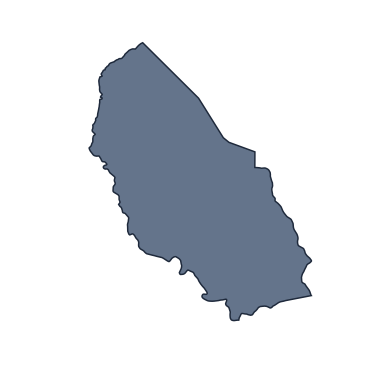 outline of Aguanqueterique, La Paz, Honduras, rotated 326°
{"feature_id": "27666195B50891803381013", "entity_name": "Aguanqueterique", "entity_type": "district", "adm_level": 2, "iso_a3": "HND", "parent_name": "Honduras", "parent_adm1": "La Paz", "projection": "mercator", "projection_center": [-87.66, 13.981], "detail": "fine", "context": "isolated", "style": "filled", "palette": "slate", "viewbox_px": 384, "rotation_deg": 326, "n_neighbors": 0, "source": "geoboundaries", "source_scale": "gbopen_adm2", "svg_char_len": 6023}
<svg xmlns="http://www.w3.org/2000/svg" viewBox="0 0 384 384"><g transform="rotate(326 192 192)"><path d="M131.3,98.0L130.8,99.6L130.6,101.4L130.9,106.0L131.3,107.1L132.0,108.0L132.8,108.8L134.8,110.0L135.1,110.3L135.0,113.2L134.7,115.2L134.6,116.1L134.8,116.7L135.1,117.1L135.6,117.5L136.2,117.9L136.5,118.2L136.7,118.8L136.9,119.5L137.0,121.1L136.9,121.3L136.8,121.5L136.5,121.6L136.3,121.7L135.4,121.4L134.3,121.1L133.9,121.1L133.4,121.2L132.9,121.3L132.5,121.7L132.2,122.1L132.1,122.7L132.2,123.3L132.6,124.1L133.2,124.7L133.9,125.0L134.3,125.3L134.7,125.7L134.9,126.3L135.0,127.0L134.8,128.3L134.7,130.3L136.2,135.5L136.3,136.6L136.2,136.9L134.5,138.5L134.0,139.2L133.8,139.6L133.4,141.5L133.0,142.1L132.2,142.7L130.3,143.3L129.5,143.8L129.0,144.5L127.6,146.3L127.2,146.9L127.0,147.3L127.0,148.0L127.2,148.7L129.1,152.8L129.2,153.6L129.2,154.3L129.1,154.9L127.4,157.4L127.1,158.5L126.9,159.5L126.6,160.2L126.4,160.4L126.0,160.6L124.4,161.2L124.2,161.3L124.2,161.5L124.2,163.5L124.6,164.7L124.6,165.9L123.9,168.3L123.3,169.6L123.2,170.4L123.4,170.9L124.2,171.8L124.5,172.2L124.6,172.5L124.8,173.7L125.2,177.2L125.2,177.6L124.8,178.4L123.7,179.6L122.6,180.9L120.7,182.5L120.1,183.2L119.4,184.5L118.0,186.7L116.8,188.6L116.1,191.5L116.2,192.3L116.3,192.6L116.5,192.8L119.1,193.3L119.5,193.8L119.8,194.4L119.9,195.0L120.0,195.8L120.0,196.6L119.8,198.5L119.9,199.8L120.2,201.3L120.1,202.5L119.9,203.3L119.5,204.2L118.2,205.9L117.7,206.7L117.4,207.3L117.3,208.1L117.3,209.9L117.7,211.0L118.4,212.4L119.0,213.7L119.1,214.5L119.2,215.4L119.3,215.9L119.6,217.1L120.1,218.1L120.7,218.7L123.7,222.1L125.2,223.7L126.8,225.6L130.5,229.6L131.4,231.4L133.0,235.2L133.4,236.0L133.9,236.7L134.1,236.8L134.3,236.9L135.2,236.8L138.1,235.8L138.9,235.7L140.3,235.7L141.5,236.0L142.1,236.3L142.5,236.7L143.2,238.2L144.0,240.0L144.2,241.3L144.2,242.6L142.8,245.7L142.5,246.8L142.3,247.2L141.3,248.5L139.9,249.7L139.2,250.1L136.5,251.7L136.3,252.1L136.1,253.0L136.2,253.7L136.3,253.9L136.6,254.1L138.2,255.0L139.3,255.4L140.0,255.4L140.8,255.4L144.1,254.4L144.6,254.4L145.0,254.5L145.6,255.2L146.4,256.7L147.8,258.8L148.0,259.4L148.1,260.4L147.7,262.9L148.2,266.3L148.3,267.5L147.9,269.6L147.8,271.8L147.8,273.3L148.0,276.0L148.4,278.6L148.4,282.7L148.3,283.6L148.1,284.2L147.9,284.6L147.4,284.8L146.9,284.9L146.4,284.7L145.4,283.8L144.4,283.1L143.8,283.0L143.1,283.2L142.4,283.6L141.8,284.3L141.6,285.1L141.7,286.0L142.0,286.9L142.6,288.2L143.9,290.5L144.7,291.5L146.0,292.6L147.6,293.8L149.3,294.8L153.2,296.8L155.3,297.6L156.9,298.5L159.9,299.7L160.3,300.0L160.5,300.4L160.4,300.8L160.1,301.3L159.2,302.1L157.7,303.1L157.4,303.5L157.2,303.9L157.1,304.6L157.0,305.3L157.9,307.9L157.9,308.3L157.8,309.0L157.0,311.7L156.7,312.7L156.3,313.3L155.3,314.5L154.3,316.0L153.7,317.1L153.3,317.9L153.2,318.4L153.1,319.1L153.1,319.9L153.3,320.4L153.8,321.1L154.9,322.1L158.5,323.9L159.1,324.4L160.8,322.7L163.1,321.5L163.9,320.9L164.7,320.6L165.2,320.5L166.1,321.1L167.8,322.8L168.9,323.6L169.6,324.5L169.8,324.9L170.7,325.9L171.8,327.0L173.2,327.5L173.9,327.4L175.0,326.9L176.3,326.4L177.3,326.2L178.2,326.2L180.3,325.7L182.5,324.9L184.5,325.1L186.8,326.3L188.4,327.2L189.8,328.4L190.6,329.5L191.9,331.8L192.6,332.2L194.1,332.2L195.1,331.9L196.0,331.9L197.0,332.1L201.8,332.1L202.7,332.2L204.0,332.5L206.9,333.7L209.0,334.4L233.0,344.6L233.0,344.3L233.0,343.9L233.9,340.7L234.1,339.6L234.2,338.6L234.0,334.0L234.1,331.4L233.8,330.8L233.4,330.0L233.0,329.2L232.9,328.7L232.8,328.2L233.1,327.3L235.0,324.0L236.5,322.6L238.0,321.5L238.8,321.1L240.1,320.5L242.0,319.3L244.4,318.0L246.3,316.8L246.8,316.6L247.3,316.5L248.4,316.5L250.0,316.6L251.3,316.4L252.3,316.1L252.5,315.9L252.6,315.6L252.7,315.3L252.6,312.7L251.7,309.2L251.6,307.2L251.7,305.9L252.5,303.6L252.6,302.7L252.8,301.8L252.8,301.3L252.6,300.7L250.6,296.9L250.3,296.0L250.3,295.3L250.6,294.2L251.3,292.8L252.1,291.6L253.3,290.5L253.8,289.9L254.4,288.9L254.9,287.6L255.4,285.7L255.6,280.5L255.9,279.1L256.4,277.8L257.7,275.5L258.2,274.5L258.5,272.8L258.8,270.6L258.8,270.0L258.6,269.3L257.8,267.4L257.2,266.2L256.9,265.1L256.6,261.1L256.6,259.8L256.7,258.4L257.5,254.4L257.5,253.4L257.3,251.7L256.9,249.4L255.9,246.3L255.9,246.0L256.0,245.6L257.1,244.1L257.3,243.7L257.3,243.0L257.1,241.6L257.0,240.3L257.0,239.8L257.2,239.4L257.4,239.0L257.7,238.5L259.1,235.3L259.7,234.3L260.4,233.5L261.5,232.7L262.3,231.9L263.8,229.3L263.9,228.8L264.2,227.4L265.5,223.4L265.9,222.5L266.6,221.6L267.1,220.7L267.6,219.7L267.8,218.6L267.9,217.0L267.8,216.2L267.4,215.1L266.7,213.9L266.0,213.0L265.3,212.5L262.8,211.1L261.8,210.0L260.4,208.8L257.8,206.8L266.6,193.9L250.4,171.5L248.3,164.5L249.9,117.9L234.6,40.7L232.8,40.4L230.5,40.5L228.4,40.9L225.1,41.8L224.2,41.2L223.0,40.3L222.3,40.0L220.7,39.6L219.0,39.4L217.4,39.7L213.5,40.3L213.2,40.4L212.8,40.8L212.0,41.1L210.3,41.5L209.2,41.8L208.6,41.9L208.0,41.8L206.5,40.9L206.1,40.7L205.0,40.8L203.6,40.4L202.2,40.3L201.5,40.3L200.7,40.5L200.4,40.5L197.7,39.8L197.2,39.6L195.7,39.5L195.2,39.6L194.4,39.9L193.4,40.5L191.9,40.4L190.3,40.9L189.6,40.9L189.2,41.0L188.4,42.0L186.8,41.6L186.5,41.6L186.1,41.8L185.3,42.3L182.8,43.3L182.6,43.5L182.4,45.3L182.3,45.6L181.4,45.6L180.3,45.2L180.0,45.1L177.4,47.2L177.0,47.7L176.6,48.3L174.9,51.5L174.2,53.2L172.5,55.6L172.0,56.8L171.8,57.4L171.8,57.9L172.2,60.8L171.3,61.3L170.0,61.6L169.5,61.9L169.2,62.2L169.3,62.5L169.7,63.0L170.0,63.6L170.0,63.9L169.8,64.1L169.5,64.4L169.1,64.4L168.3,64.2L167.7,63.8L167.4,63.8L167.1,64.0L166.4,64.8L165.7,66.0L163.7,68.2L163.1,69.0L160.9,71.2L159.5,72.6L157.4,74.6L156.4,75.9L155.7,76.5L155.1,76.9L154.0,77.0L153.2,77.3L152.6,78.0L152.2,78.8L151.9,79.0L149.6,80.4L148.9,80.7L148.2,80.7L147.8,80.8L147.1,81.1L146.6,82.2L145.5,83.6L145.1,84.0L144.0,84.7L143.4,85.6L143.4,86.1L143.4,86.7L143.7,88.1L144.0,89.5L144.0,89.9L143.9,90.1L143.5,90.2L142.2,90.3L141.6,90.5L141.1,90.8L140.5,91.4L139.6,92.3L138.5,94.0L137.9,94.8L137.6,95.1L136.9,95.4L136.2,95.8L135.4,96.3L134.6,97.1L134.2,97.3L132.5,97.7L131.5,98.0L131.3,98.0Z" fill="#64748b" stroke="#1e293b" stroke-width="1.5"/></g></svg>